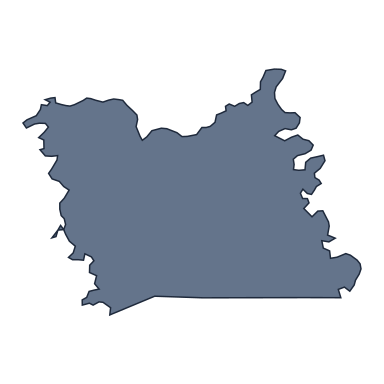 Nova Fátima, Paraná, Brazil
{"feature_id": "56859067B92466374194931", "entity_name": "Nova Fátima", "entity_type": "district", "adm_level": 2, "iso_a3": "BRA", "parent_name": "Brazil", "parent_adm1": "Paraná", "projection": "albers", "projection_center": [-50.54, -23.41], "detail": "fine", "context": "isolated", "style": "filled", "palette": "slate", "viewbox_px": 384, "rotation_deg": 0, "n_neighbors": 0, "source": "geoboundaries", "source_scale": "gbopen_adm2", "svg_char_len": 2484}
<svg xmlns="http://www.w3.org/2000/svg" viewBox="0 0 384 384"><path d="M340.8,297.7L338.3,289.4L344.4,287.1L349.8,291.2L354.2,285.0L355.5,280.2L359.2,274.1L361.0,268.9L360.1,263.9L357.1,260.1L350.4,255.2L345.8,253.6L337.1,257.2L330.5,258.3L329.6,250.9L323.3,248.1L321.8,240.7L328.9,241.9L335.2,238.2L331.2,236.5L327.6,235.1L329.2,226.1L328.5,221.9L322.8,210.8L317.8,211.1L312.0,216.8L303.8,208.5L309.0,202.9L307.4,198.6L302.6,198.5L300.4,193.2L302.9,189.2L307.3,193.5L311.5,194.4L314.4,190.1L316.4,186.5L321.2,183.5L319.1,180.1L314.9,177.6L314.4,173.2L320.2,168.4L325.0,160.7L323.5,155.2L317.6,156.6L310.7,158.1L305.7,162.3L305.0,169.8L298.8,170.3L293.5,169.6L294.1,164.5L293.3,159.2L297.5,155.6L305.1,153.7L311.1,150.1L313.2,145.1L308.9,140.7L303.0,139.2L297.8,135.0L291.5,137.2L284.7,140.8L274.7,135.7L278.7,131.4L285.0,128.6L291.4,129.8L296.1,128.2L299.4,122.9L300.1,117.5L295.0,112.7L290.1,112.9L285.0,112.6L281.6,109.5L277.9,104.3L274.9,98.5L274.5,92.4L276.2,86.8L282.6,78.5L285.6,70.9L281.2,69.3L274.3,69.1L265.9,70.5L263.0,77.3L260.5,81.8L260.3,89.4L256.0,91.9L251.4,94.8L252.1,102.1L247.8,105.4L243.7,102.6L239.3,103.5L234.7,106.3L229.2,104.0L225.5,106.3L226.1,110.8L221.2,113.1L216.6,114.9L215.0,122.3L210.2,126.4L206.2,127.5L201.9,127.5L196.6,134.6L187.3,136.4L182.0,136.6L177.0,132.7L166.8,128.7L161.3,128.2L151.9,130.7L146.8,136.9L142.3,140.3L140.0,136.2L136.1,126.6L137.6,119.5L136.9,115.0L132.6,110.6L126.9,105.3L122.7,100.3L118.7,99.6L113.7,99.0L108.7,100.1L102.9,102.1L95.5,100.2L90.7,98.6L86.7,98.1L83.1,100.5L74.4,104.7L70.0,106.1L66.0,105.6L61.2,104.5L55.7,102.9L55.0,97.6L50.7,98.1L45.2,99.7L50.1,102.2L47.3,105.6L41.4,104.7L40.4,109.5L36.3,115.7L27.0,119.8L23.0,123.0L26.4,128.0L34.6,124.0L39.5,123.2L45.4,123.4L48.4,127.1L44.2,132.3L38.7,137.6L43.8,140.0L44.0,148.6L40.0,149.7L45.3,155.9L51.6,156.3L57.6,155.6L57.0,160.0L51.6,169.1L48.6,173.4L52.1,178.9L59.3,181.4L63.7,186.5L69.1,190.1L64.2,198.3L59.8,203.1L59.8,209.2L61.2,215.6L64.2,218.6L65.6,224.5L63.7,229.6L65.7,234.4L69.4,241.2L75.3,246.2L73.2,252.9L68.5,257.4L72.5,259.7L78.2,259.7L83.5,260.2L84.9,253.8L91.4,256.9L93.9,260.8L89.7,265.2L89.5,272.5L96.6,275.7L94.6,283.7L99.1,289.1L94.2,290.1L89.1,291.4L86.7,297.4L82.2,299.9L82.3,305.1L89.4,303.2L93.1,305.1L99.0,301.9L103.0,302.3L110.6,307.7L109.8,314.9L154.7,296.2L202.8,297.8L305.0,297.6L340.8,297.7ZM63.7,229.6L60.6,225.4L57.9,230.1L63.7,229.6ZM57.9,230.1L52.0,237.8L56.0,236.6L57.9,230.1Z" fill="#64748b" stroke="#1e293b" stroke-width="1.5"/></svg>